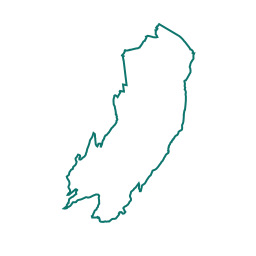 the district of Chiautzingo, Puebla, Mexico, rotated 312°
{"feature_id": "50627088B78995429412186", "entity_name": "Chiautzingo", "entity_type": "district", "adm_level": 2, "iso_a3": "MEX", "parent_name": "Mexico", "parent_adm1": "Puebla", "projection": "mercator", "projection_center": [-98.514, 19.199], "detail": "fine", "context": "isolated", "style": "outline", "palette": "teal", "viewbox_px": 256, "rotation_deg": 312, "n_neighbors": 0, "source": "geoboundaries", "source_scale": "gbopen_adm2", "svg_char_len": 5806}
<svg xmlns="http://www.w3.org/2000/svg" viewBox="0 0 256 256"><g transform="rotate(312 128 128)"><path d="M226.0,81.6L225.2,81.7L223.5,82.0L222.9,81.6L222.6,81.9L221.6,81.8L221.6,82.0L221.3,82.1L221.6,83.4L221.5,83.5L219.7,83.7L219.6,83.3L219.2,83.1L219.2,83.8L218.2,84.0L217.3,85.0L216.3,85.7L215.8,87.8L215.2,89.0L214.0,88.1L212.4,86.1L212.2,85.5L210.6,82.4L209.7,81.0L209.3,80.7L208.9,80.8L208.5,80.8L207.9,80.3L207.5,81.1L207.0,81.4L206.6,81.5L206.0,81.5L205.5,81.8L205.2,81.7L204.6,82.0L204.0,82.2L202.8,81.6L202.0,81.7L201.0,81.9L200.3,82.2L199.1,82.2L198.1,82.6L197.8,82.4L196.7,82.5L195.6,82.8L195.1,82.4L193.5,81.8L192.7,80.9L187.2,77.2L187.3,77.0L186.9,76.7L186.5,76.6L185.5,76.0L184.0,74.5L184.0,73.9L183.8,73.7L183.5,73.7L182.3,74.6L181.6,74.6L181.1,74.9L180.3,75.0L178.2,74.9L177.9,75.0L178.4,76.7L177.3,76.7L176.5,77.9L175.5,79.0L175.5,79.3L158.9,98.3L157.0,95.2L153.0,99.8L153.0,100.0L152.3,100.6L150.3,97.3L149.6,97.4L149.4,97.9L149.4,98.1L149.2,98.5L148.9,98.5L144.0,99.6L144.1,98.6L144.0,97.3L143.9,96.8L143.7,96.5L143.4,96.4L142.7,96.3L141.8,97.0L139.9,97.9L139.0,98.6L138.3,99.2L135.9,101.7L135.3,103.4L134.8,104.2L133.9,105.2L133.0,106.6L131.9,107.9L131.6,108.4L130.4,109.4L129.9,109.9L130.2,110.4L129.4,111.3L129.2,112.0L128.7,112.3L128.1,112.6L127.8,113.1L127.6,113.8L127.2,114.4L126.7,114.6L126.3,114.5L125.7,114.6L124.5,115.6L121.8,116.1L119.7,116.0L118.9,116.1L116.3,115.9L115.6,116.3L114.9,116.2L113.2,116.6L112.5,116.6L112.0,116.8L111.2,116.7L108.8,116.8L108.0,116.7L107.5,116.2L105.2,116.7L104.5,117.2L103.9,117.3L103.3,117.7L102.5,117.6L101.4,117.9L99.9,118.7L98.8,119.4L95.3,120.7L97.9,118.7L97.8,117.8L96.5,116.6L95.4,117.1L93.8,117.5L93.8,116.4L94.2,115.3L94.4,114.8L96.1,113.0L97.8,111.1L98.1,111.0L99.3,109.4L100.4,108.5L101.3,107.3L101.2,105.7L98.2,107.1L96.9,107.5L93.5,108.0L91.0,109.4L88.3,110.6L85.0,111.8L82.4,113.3L80.9,113.8L79.8,114.5L78.9,114.6L77.5,114.7L74.9,114.1L73.6,114.2L72.6,113.7L72.1,112.9L72.6,112.3L73.4,111.8L74.3,111.8L75.0,111.3L75.4,110.8L75.4,110.3L75.2,109.4L74.8,108.7L72.3,109.3L70.5,109.3L69.9,109.7L68.9,111.2L68.7,112.3L67.5,113.0L66.3,113.5L65.4,113.6L64.4,113.6L63.5,113.4L62.2,113.4L61.5,113.9L60.4,114.4L59.5,113.8L58.7,113.7L56.8,114.0L55.9,114.1L54.6,114.8L53.9,115.4L53.3,115.4L50.9,115.0L50.1,116.3L49.2,119.2L49.0,119.9L48.1,121.1L47.2,122.0L46.1,122.5L44.7,122.9L43.9,123.7L43.2,126.1L42.8,126.7L41.8,127.7L41.0,127.8L40.1,127.6L39.4,127.6L38.5,127.7L37.9,127.9L38.9,128.8L44.0,129.6L47.3,130.0L47.7,130.4L48.0,131.7L47.9,131.8L46.2,131.9L45.1,132.6L44.4,133.7L42.8,133.3L40.0,133.0L39.5,132.7L38.6,132.4L36.2,131.9L35.6,132.0L34.6,132.6L32.5,134.0L31.9,133.6L30.9,134.0L29.7,134.1L28.9,134.9L27.1,134.5L25.3,134.2L25.6,134.7L26.2,135.3L27.5,136.2L29.2,136.3L30.4,136.9L31.3,137.2L32.7,137.2L35.5,136.8L36.1,136.8L37.3,138.3L38.3,139.0L39.0,138.8L39.6,138.9L40.5,138.9L41.8,139.6L42.9,140.5L44.4,141.3L48.5,143.1L49.0,143.8L49.5,144.9L51.2,146.1L54.8,147.5L57.2,148.7L57.9,149.6L58.6,150.6L58.3,152.0L56.4,153.0L55.3,154.5L52.4,157.3L51.6,157.3L50.3,157.7L49.3,158.4L47.3,158.5L46.4,159.1L44.4,158.6L43.3,158.9L42.5,159.4L41.4,159.5L39.6,160.3L39.1,160.4L38.3,160.1L37.5,161.3L40.8,164.9L41.5,164.8L42.0,166.2L42.0,166.4L41.2,166.5L41.4,167.2L41.3,167.9L41.0,168.3L40.4,168.7L40.0,169.4L40.1,170.3L40.9,171.6L41.7,172.3L42.0,172.9L42.6,173.0L43.4,173.6L43.9,174.6L45.5,175.9L45.7,176.4L46.3,176.7L47.4,176.7L48.2,176.9L49.3,177.0L50.4,177.6L51.5,178.8L52.6,179.5L57.2,179.3L58.1,179.0L58.1,178.8L58.4,178.3L58.9,178.3L59.2,178.4L59.3,178.2L59.7,178.1L60.4,178.6L61.1,179.5L60.8,181.2L61.0,181.3L61.3,181.9L62.1,182.3L62.9,182.3L63.9,182.2L64.0,181.8L64.1,180.7L64.6,180.0L65.0,179.1L65.1,178.4L65.4,178.1L65.8,178.0L66.8,178.1L67.8,178.3L68.8,178.8L70.2,179.0L70.8,179.2L73.1,178.9L74.0,178.5L76.0,178.6L76.4,178.4L77.2,177.8L77.7,177.0L78.3,175.5L79.0,174.7L80.6,174.1L82.6,173.0L83.8,173.1L84.7,173.3L86.2,173.4L86.5,173.3L87.1,173.2L88.7,173.5L94.1,173.0L93.4,174.2L90.5,176.4L89.6,178.6L89.0,179.1L89.5,179.7L90.5,179.4L91.4,178.7L92.8,178.1L93.9,177.2L94.9,176.9L97.8,177.6L99.0,177.5L101.9,176.8L105.3,176.3L106.8,176.3L108.1,176.5L112.8,174.8L114.9,175.9L116.3,176.3L117.5,176.4L119.9,176.3L121.4,176.1L123.9,175.9L124.9,175.6L126.2,175.7L127.5,175.5L128.6,175.3L130.0,174.8L131.6,174.6L132.9,174.2L134.3,174.1L135.3,174.4L135.8,174.5L136.2,174.4L136.3,174.6L136.6,174.6L137.2,174.1L137.5,174.1L137.6,173.7L138.1,173.5L138.2,172.8L138.5,172.7L138.6,172.8L140.0,171.5L141.2,171.1L141.4,170.7L142.0,170.5L142.3,170.3L143.4,170.1L143.8,170.1L144.4,169.9L144.7,169.8L145.6,169.4L146.4,169.4L146.7,169.7L147.4,169.5L148.1,169.1L149.0,169.3L149.6,168.9L150.7,169.2L151.1,169.0L151.3,169.1L152.4,168.7L152.9,168.7L153.4,168.6L154.6,168.8L155.8,169.3L156.1,169.1L156.4,169.2L157.5,169.0L158.9,168.2L160.0,168.3L161.0,168.6L161.2,168.8L162.3,169.1L162.6,169.0L163.0,169.1L163.4,168.9L164.4,168.1L166.4,166.2L168.0,165.8L169.6,165.0L171.8,163.4L174.8,161.0L174.9,160.7L175.3,160.6L176.0,160.0L177.9,158.8L178.2,158.5L179.6,158.2L179.8,157.8L180.3,157.7L183.2,155.6L184.5,154.6L187.4,152.4L188.3,151.5L189.9,150.2L190.8,149.1L191.3,148.6L191.7,148.0L192.5,147.7L193.3,147.0L193.8,146.4L194.3,145.5L194.6,144.8L194.6,144.3L196.4,143.4L196.7,142.5L197.2,141.9L197.6,141.6L198.0,141.5L198.6,140.9L198.9,140.8L199.1,140.4L199.4,140.2L200.5,138.5L201.7,138.7L202.1,139.1L204.5,138.7L211.1,137.2L212.4,136.2L214.1,134.2L214.3,133.6L214.6,133.1L215.2,132.6L216.2,132.3L216.7,131.9L217.7,131.4L219.1,130.9L220.4,130.8L221.1,130.5L222.2,130.5L223.3,130.3L224.5,129.2L225.0,128.6L226.4,127.6L227.1,127.5L227.8,127.2L226.9,126.3L226.9,125.8L227.7,125.6L228.3,125.1L228.6,124.1L228.6,122.6L228.1,121.8L228.8,119.9L230.1,112.7L230.1,111.8L230.5,109.7L230.7,106.8L230.6,104.5L226.0,81.6Z" fill="none" stroke="#0f766e" stroke-width="2"/></g></svg>